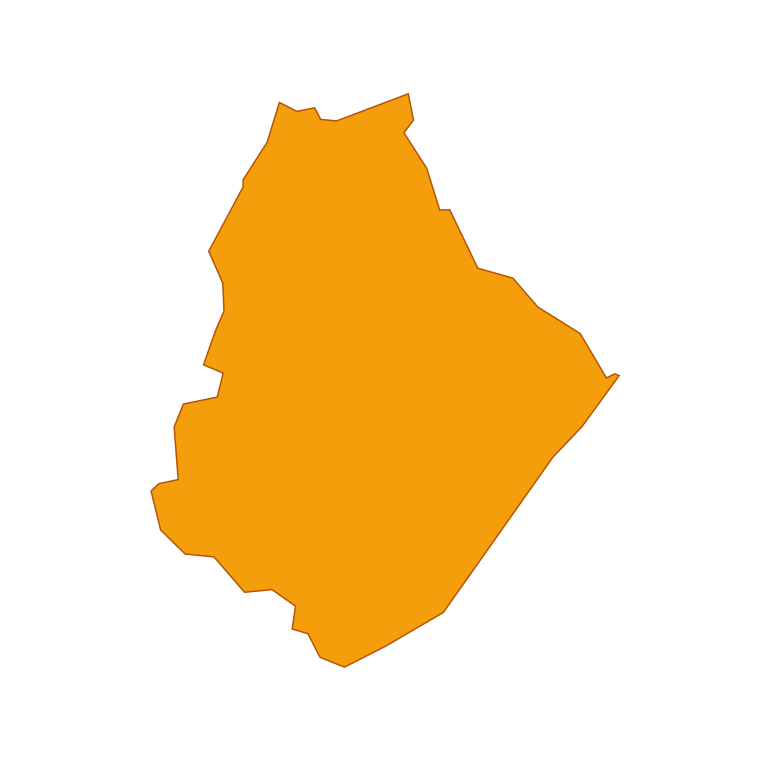 Union, South Carolina, United States of America, rotated 203°
{"feature_id": "52423323B84836072976250", "entity_name": "Union", "entity_type": "district", "adm_level": 2, "iso_a3": "USA", "parent_name": "United States of America", "parent_adm1": "South Carolina", "projection": "albers", "projection_center": [-81.587, 34.679], "detail": "fine", "context": "isolated", "style": "filled", "palette": "amber", "viewbox_px": 768, "rotation_deg": 203, "n_neighbors": 0, "source": "geoboundaries", "source_scale": "gbopen_adm2", "svg_char_len": 759}
<svg xmlns="http://www.w3.org/2000/svg" viewBox="0 0 768 768"><g transform="rotate(203 384 384)"><path d="M170.8,483.7L175.4,483.6L181.7,476.5L223.1,507.1L272.4,514.9L306.7,531.8L342.8,527.2L375.6,556.0L391.6,570.1L400.7,565.9L429.0,599.3L463.9,623.1L459.9,638.4L475.1,660.6L530.5,607.6L545.7,602.8L555.7,611.1L570.8,600.9L590.3,602.3L586.0,560.8L593.5,516.9L590.7,510.5L597.2,437.7L571.8,413.9L559.8,388.6L559.9,366.7L557.6,331.1L536.3,331.2L532.4,306.8L560.8,287.2L560.4,262.5L536.1,215.6L552.3,204.3L556.6,194.5L532.6,162.4L500.7,149.8L472.9,158.4L431.0,137.8L406.8,151.0L378.6,144.9L372.8,122.6L356.4,124.4L336.1,107.4L309.8,107.9L279.7,143.8L240.1,197.0L199.9,382.8L185.1,422.1L170.8,483.7Z" fill="#f59e0b" stroke="#b45309" stroke-width="1.5"/></g></svg>